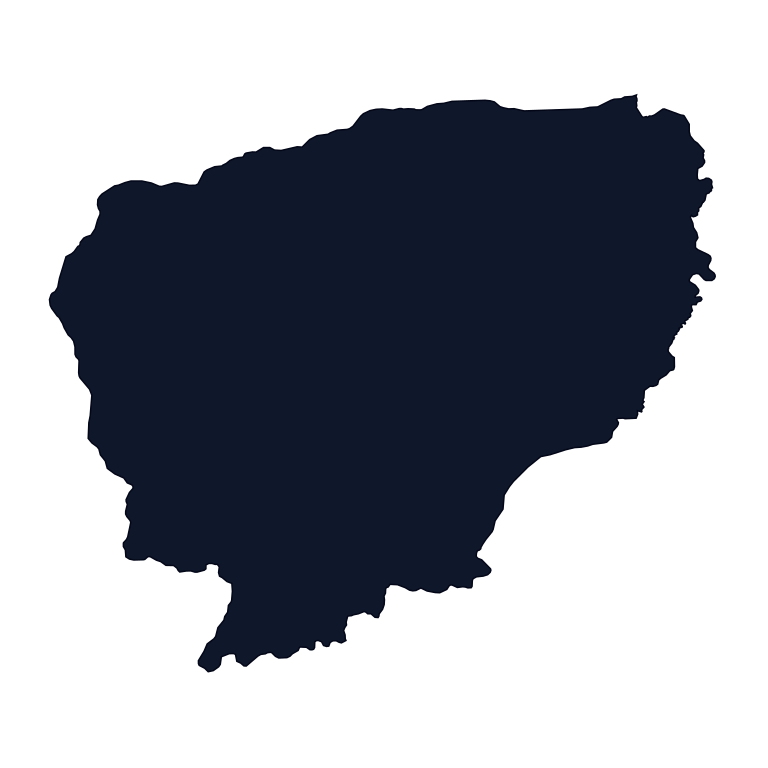 Guapi, Cauca, Colombia, rotated 89°
{"feature_id": "7082276B333930671770", "entity_name": "Guapi", "entity_type": "district", "adm_level": 2, "iso_a3": "COL", "parent_name": "Colombia", "parent_adm1": "Cauca", "projection": "robinson", "projection_center": [-77.666, 2.419], "detail": "fine", "context": "isolated", "style": "filled", "palette": "ink", "viewbox_px": 768, "rotation_deg": 89, "n_neighbors": 0, "source": "geoboundaries", "source_scale": "gbopen_adm2", "svg_char_len": 6039}
<svg xmlns="http://www.w3.org/2000/svg" viewBox="0 0 768 768"><g transform="rotate(89 384 384)"><path d="M639.8,426.5L638.0,427.2L634.2,427.3L629.8,428.7L626.9,427.5L624.3,425.7L621.4,426.0L616.0,424.5L615.3,423.8L615.1,420.6L614.2,418.5L613.3,413.6L611.2,408.0L611.5,406.5L613.5,404.2L613.5,401.0L617.1,397.1L617.4,394.0L616.1,393.2L613.7,392.8L609.3,389.4L604.6,387.7L599.8,387.3L596.1,387.7L593.2,386.2L588.7,385.9L587.6,385.1L587.0,383.3L584.4,381.5L584.9,374.0L588.0,366.3L590.6,362.0L591.3,358.8L591.0,355.7L588.6,350.7L591.7,344.6L593.4,336.4L593.7,331.9L590.5,324.8L586.9,322.4L586.0,320.8L586.3,319.2L588.7,314.2L588.1,308.9L588.4,306.2L589.3,303.8L589.2,300.4L587.9,299.5L582.0,299.1L580.2,298.3L578.4,294.9L577.8,288.2L576.5,283.7L574.1,281.1L572.1,280.4L570.7,280.7L561.5,289.4L559.9,293.3L558.9,294.2L557.8,294.8L554.7,294.5L552.4,293.6L551.7,291.5L550.4,290.1L549.2,290.0L546.0,288.2L541.1,284.8L533.5,278.5L531.2,277.4L522.7,275.3L511.2,267.2L497.1,265.8L488.6,260.3L483.6,256.2L469.6,241.7L459.3,228.5L457.6,219.2L452.9,203.5L450.9,194.5L450.6,188.0L449.5,181.4L447.9,176.3L446.7,165.2L446.0,162.3L441.3,157.4L435.4,156.3L430.3,151.6L428.4,150.6L426.7,150.3L423.5,152.1L422.9,151.5L422.5,150.8L422.3,145.5L422.9,143.6L422.6,132.5L418.7,130.9L415.1,131.1L416.4,127.0L415.8,126.6L414.3,127.0L411.6,124.5L408.7,126.2L406.2,124.3L405.7,125.0L404.4,125.4L402.3,124.4L394.9,123.8L390.9,118.2L391.0,115.0L390.2,112.1L389.0,110.4L384.8,109.3L383.1,107.3L379.8,101.7L375.7,98.1L374.9,94.6L374.3,94.0L371.9,93.3L362.6,93.3L361.3,95.4L356.9,99.0L354.5,99.5L353.8,98.9L352.0,98.7L348.2,95.6L344.7,94.3L343.9,93.2L343.3,93.7L342.7,93.0L342.2,93.8L339.9,92.2L339.3,90.7L338.8,91.1L338.0,90.2L337.2,90.4L336.2,88.7L334.4,87.8L333.5,88.2L332.2,84.8L331.3,84.8L330.9,86.0L329.5,85.9L328.4,83.4L329.3,82.0L328.5,81.5L327.2,82.2L326.1,82.0L324.6,79.1L322.8,78.6L322.7,77.3L321.2,76.1L318.7,76.6L316.0,74.4L312.2,75.4L310.7,75.1L310.0,74.2L310.1,70.6L307.5,69.3L306.5,65.9L304.9,64.7L303.4,65.1L302.4,66.5L302.7,71.3L301.1,71.3L298.7,68.4L296.4,67.6L295.1,67.8L290.7,71.0L287.3,76.3L286.0,77.0L284.6,76.8L280.1,73.6L278.9,69.7L279.5,67.0L285.1,62.0L286.1,60.2L286.2,54.4L284.6,52.0L282.5,51.0L280.8,51.1L278.9,52.1L275.2,56.8L273.1,58.0L270.8,57.7L266.3,55.2L264.0,54.9L261.9,55.6L260.3,57.7L255.2,67.9L253.1,70.2L247.3,70.1L243.3,67.6L238.2,68.7L232.9,71.9L228.7,72.4L223.3,74.6L222.0,74.6L220.7,73.6L221.7,72.9L222.2,71.9L221.6,69.6L220.4,67.6L217.7,67.6L216.4,66.3L213.5,66.3L212.0,64.1L207.9,62.2L207.9,61.6L205.8,59.9L199.6,58.5L198.5,55.5L197.2,54.9L197.2,54.0L196.2,53.2L194.2,53.2L193.6,52.1L189.9,53.1L187.6,52.6L185.9,53.1L184.1,55.7L183.8,58.4L185.0,60.3L186.0,64.1L186.0,65.2L184.4,67.0L180.4,67.2L174.0,66.5L171.7,62.1L168.1,59.6L166.3,59.6L163.5,61.0L160.4,60.4L158.9,61.1L157.4,60.0L156.2,60.0L148.7,66.4L146.3,69.7L141.2,73.5L137.1,74.4L129.6,74.3L121.2,79.2L120.7,79.9L120.2,82.7L113.9,98.9L114.0,100.4L119.7,108.8L120.8,111.7L120.7,114.0L122.0,116.0L121.2,117.0L121.9,120.3L121.1,121.4L112.0,127.0L110.3,126.4L106.5,126.8L105.4,126.1L103.0,126.2L101.1,127.0L99.4,126.5L100.8,130.8L101.2,138.4L103.0,141.8L103.3,149.0L104.3,152.1L110.7,165.5L111.0,173.4L112.5,181.0L113.4,239.1L111.0,249.1L111.1,254.6L109.9,259.8L108.7,263.2L103.9,268.7L102.7,272.9L102.1,278.0L102.6,311.1L104.4,319.3L104.8,326.2L107.2,335.8L110.3,341.3L110.6,343.0L110.4,347.4L109.6,349.0L109.2,355.1L109.5,359.8L108.9,361.8L108.9,364.0L110.4,370.2L109.0,380.9L109.2,387.1L110.4,393.2L113.4,399.9L115.8,402.6L125.7,410.5L128.1,414.0L128.8,416.4L129.4,426.5L132.0,433.4L133.3,435.5L134.6,446.7L138.3,454.0L145.7,461.7L145.3,466.7L148.7,482.7L148.2,489.4L145.6,494.0L145.5,500.4L149.9,507.9L149.7,511.5L150.7,517.9L151.5,519.2L154.2,520.6L154.8,521.6L155.1,526.1L155.9,529.6L157.8,534.1L160.7,537.8L162.5,541.6L163.2,542.3L163.8,549.5L166.9,557.3L168.8,560.1L180.8,566.5L182.0,569.0L182.0,575.1L179.5,586.5L179.3,590.2L182.6,602.7L182.4,605.3L179.0,613.0L176.8,622.6L176.6,633.3L178.1,639.4L180.6,646.1L181.2,649.9L189.1,662.6L191.6,665.0L194.6,666.9L199.8,667.3L203.6,666.4L206.3,664.9L209.3,664.9L215.1,667.5L223.8,670.1L230.2,674.4L231.6,679.1L232.9,681.7L237.1,685.2L239.3,685.5L240.5,686.3L241.1,687.7L246.1,691.4L248.3,694.0L251.2,699.7L272.5,706.6L281.6,708.5L285.9,711.2L287.5,714.2L288.9,715.3L293.7,717.0L299.4,716.4L302.5,715.0L310.2,709.6L311.7,707.8L317.9,704.3L322.2,702.8L329.4,698.9L332.1,696.0L335.7,693.6L341.5,692.3L348.9,692.4L351.5,691.4L354.1,688.9L355.5,688.5L367.4,689.1L370.6,688.7L372.6,687.8L384.1,678.5L390.1,676.3L410.5,678.3L417.6,679.8L433.3,680.7L437.8,677.1L441.7,672.0L444.0,670.2L449.9,668.8L456.1,664.0L463.6,662.1L469.3,654.6L473.4,645.8L478.4,642.4L480.4,637.9L482.1,636.7L484.0,636.8L488.0,640.4L495.2,643.9L497.1,643.8L499.8,642.7L506.6,644.5L509.5,644.6L512.1,643.4L516.1,640.2L518.0,639.6L532.4,642.9L535.0,644.2L538.1,647.2L539.1,647.4L542.0,647.4L545.4,645.5L552.3,645.1L554.6,641.6L555.6,637.3L555.5,627.4L555.2,626.2L552.5,623.1L552.5,620.9L556.2,614.6L557.7,610.3L561.5,605.2L561.8,597.5L564.4,594.3L566.9,593.0L568.4,591.5L567.5,584.9L567.5,580.4L568.8,576.3L568.8,574.0L567.0,566.9L565.7,565.3L561.8,565.2L560.4,562.4L560.4,559.1L561.4,556.0L561.4,553.8L564.0,551.9L569.7,552.7L573.3,551.8L574.7,549.2L578.8,544.4L580.7,539.6L588.6,539.2L597.7,540.1L599.4,540.7L602.6,543.4L609.5,544.3L613.7,547.3L617.4,548.2L624.7,554.3L633.5,556.7L635.9,558.6L640.8,565.3L648.2,568.6L657.4,574.4L660.4,574.4L662.1,573.7L665.1,568.2L668.6,564.8L667.6,559.7L663.9,554.3L661.5,552.6L653.9,551.4L650.9,543.4L650.9,539.0L651.8,537.2L658.7,536.0L660.5,532.2L663.4,529.0L663.6,526.7L653.8,514.8L652.2,511.9L651.7,507.3L650.6,505.3L650.3,502.1L650.6,501.0L654.4,497.3L656.1,494.0L655.9,485.8L654.5,482.7L652.1,480.3L648.9,474.5L646.0,473.2L645.5,472.4L645.9,466.1L648.4,462.7L648.5,460.6L648.0,459.0L646.3,458.0L640.6,457.7L639.4,456.1L639.3,454.2L640.6,450.9L644.4,449.0L645.4,446.0L645.1,443.8L641.5,442.4L639.9,439.7L639.9,436.2L641.4,433.5L642.1,431.1L639.8,426.5Z" fill="#0f172a" stroke="#020617" stroke-width="1.5"/></g></svg>